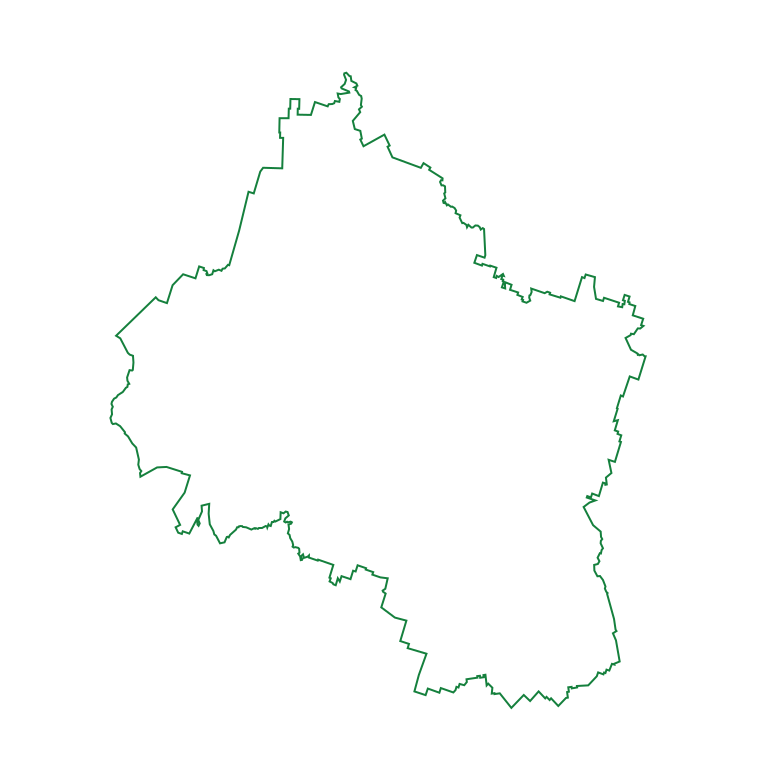 outline of Southern Midlands, Tasmania, Australia, rotated 278°
{"feature_id": "25037944B17356947881143", "entity_name": "Southern Midlands", "entity_type": "district", "adm_level": 2, "iso_a3": "AUS", "parent_name": "Australia", "parent_adm1": "Tasmania", "projection": "natural_earth1", "projection_center": [147.408, -42.418], "detail": "fine", "context": "isolated", "style": "outline", "palette": "green", "viewbox_px": 768, "rotation_deg": 278, "n_neighbors": 0, "source": "geoboundaries", "source_scale": "gbopen_adm2", "svg_char_len": 6139}
<svg xmlns="http://www.w3.org/2000/svg" viewBox="0 0 768 768"><g transform="rotate(278 384 384)"><path d="M339.0,623.5L359.6,626.7L359.9,625.1L366.2,626.1L367.1,622.2L369.5,622.5L370.2,619.0L380.7,620.6L379.1,616.7L392.0,618.8L392.3,618.0L405.6,620.1L404.9,622.4L425.7,626.3L423.8,635.3L447.8,639.2L447.7,638.2L449.2,636.1L448.0,632.8L448.7,631.9L448.3,631.2L449.5,630.7L452.3,623.8L463.2,616.8L466.7,621.4L468.2,621.6L468.1,624.5L474.4,627.6L474.6,630.0L477.6,632.8L478.1,630.4L484.7,631.6L486.6,620.8L496.2,622.0L497.3,615.8L499.0,615.8L499.3,614.2L504.8,615.0L505.7,609.9L500.2,609.0L499.9,610.9L496.4,610.9L496.4,609.2L493.2,609.2L493.4,604.9L497.2,605.5L500.0,589.9L496.7,589.3L497.8,582.1L509.4,578.5L519.2,578.0L520.5,568.5L516.8,567.8L517.4,565.2L492.6,561.2L495.4,546.9L494.0,546.7L495.8,535.5L497.5,535.8L498.1,532.8L496.3,530.5L499.0,516.5L495.7,517.4L492.5,516.6L491.9,515.7L489.7,515.8L486.9,517.2L484.3,513.8L485.1,509.7L486.6,510.0L486.9,508.6L489.5,509.2L490.8,503.7L493.3,504.1L494.8,495.7L500.0,496.5L501.5,490.4L499.3,489.9L495.5,490.7L496.1,487.3L502.1,488.4L502.3,487.3L503.9,487.5L504.2,485.6L507.9,486.2L507.7,487.6L509.5,486.5L505.9,482.6L506.7,480.6L504.6,480.3L505.1,477.8L514.8,479.2L516.0,472.7L515.2,472.6L516.7,464.8L514.9,464.5L516.6,456.6L524.6,458.1L523.1,466.0L525.7,466.4L551.4,461.5L552.1,460.1L550.4,458.3L552.6,457.0L553.9,454.9L553.7,452.4L551.3,450.2L551.1,448.8L553.4,445.4L550.8,444.4L553.0,443.5L554.6,440.3L554.2,439.1L559.3,435.7L561.7,436.2L563.1,431.1L565.8,431.3L568.1,429.4L569.2,426.8L568.8,425.7L570.7,422.3L569.7,421.4L572.7,419.2L571.5,418.5L571.6,417.8L573.8,416.9L576.4,419.0L581.1,417.1L582.2,418.0L588.2,416.9L589.0,415.0L588.7,413.3L591.9,411.4L593.7,412.1L593.8,413.5L595.8,413.4L602.4,398.9L604.8,399.8L608.2,392.4L603.2,390.4L609.6,360.8L619.5,354.5L620.9,356.4L631.0,349.7L616.6,330.6L622.8,326.5L623.9,327.9L631.4,325.3L632.4,319.6L640.2,316.5L649.9,322.6L652.5,321.0L655.5,323.5L657.0,322.3L663.5,322.2L666.0,321.3L666.9,319.1L670.5,316.3L671.1,314.9L673.4,315.2L673.7,313.4L675.7,316.1L677.8,314.8L679.6,309.5L684.1,308.2L684.1,307.0L687.0,303.4L686.1,301.5L684.7,301.4L679.9,304.1L675.7,303.3L671.9,300.2L670.8,300.9L668.8,308.6L667.7,309.1L665.1,300.8L665.2,297.7L661.4,299.0L660.1,300.6L657.2,300.5L657.4,296.0L655.1,295.6L654.0,293.7L653.4,290.3L651.1,289.6L653.6,276.4L640.3,274.2L638.7,261.0L644.6,260.3L644.7,261.7L654.3,260.6L653.2,251.7L643.6,252.8L643.4,251.4L633.9,252.5L632.7,243.6L618.5,245.3L618.6,246.2L613.3,246.8L613.7,249.9L583.4,253.2L581.3,234.2L577.1,231.9L554.6,228.5L555.5,223.1L515.8,219.2L480.1,214.2L480.3,212.9L476.3,210.3L475.7,208.1L473.5,207.3L474.2,204.5L472.1,200.8L472.9,199.3L468.8,198.6L467.4,195.7L467.2,193.4L468.2,192.8L468.9,193.7L471.1,192.5L471.7,189.5L473.8,189.5L474.7,184.6L462.4,182.6L464.7,169.8L452.4,160.9L433.9,157.8L435.6,149.0L438.1,145.9L394.5,112.0L392.5,116.5L379.2,126.0L377.7,128.1L377.0,131.5L370.4,132.9L363.0,133.3L362.3,132.7L362.3,130.1L354.7,128.7L351.5,129.5L348.7,131.7L347.9,130.3L345.4,130.3L344.3,128.9L339.8,126.5L336.0,122.1L333.4,120.8L331.9,118.7L328.5,117.1L326.3,116.9L323.7,118.6L320.9,117.8L316.1,118.9L312.3,117.8L307.6,119.8L306.6,121.1L307.6,124.0L305.5,128.6L300.2,134.2L298.9,134.1L296.5,137.8L290.1,143.0L286.6,147.4L275.0,151.8L269.9,151.9L265.8,153.8L264.0,155.8L261.9,154.8L258.3,155.7L269.8,170.9L271.6,180.2L268.9,196.2L267.5,196.1L266.5,204.6L248.7,201.7L230.4,192.2L216.1,201.7L213.1,197.6L208.1,200.9L207.4,204.7L210.1,205.2L208.8,212.0L226.0,218.1L223.2,217.9L218.8,218.9L217.8,220.1L220.3,220.9L223.5,219.0L232.5,221.5L238.1,220.3L241.0,227.6L231.2,228.4L220.8,231.0L214.7,235.5L211.4,236.9L210.4,238.8L203.4,243.8L205.0,248.1L210.6,249.6L211.0,250.6L210.5,251.6L213.2,252.6L219.2,257.7L221.7,258.5L221.9,259.9L222.7,260.0L223.3,261.4L223.5,263.3L222.8,264.1L222.9,267.5L221.4,272.9L223.2,275.7L222.7,276.5L223.4,277.1L223.0,279.3L224.0,280.2L224.4,283.2L226.9,286.6L226.7,287.9L225.6,288.4L228.9,289.1L227.8,290.2L227.6,291.6L231.7,292.2L232.0,293.9L233.3,294.5L232.7,295.6L235.8,300.2L242.6,299.5L242.0,302.5L244.0,304.4L243.8,306.3L240.6,308.0L237.2,305.0L233.9,304.3L233.2,305.9L234.1,307.2L233.6,307.9L234.7,310.7L234.2,312.0L232.8,311.5L231.5,309.0L227.2,310.2L222.7,309.6L221.4,311.5L218.3,312.6L215.2,315.1L211.8,316.5L210.2,316.1L209.5,317.4L210.1,318.9L209.8,321.9L209.0,322.9L205.2,323.8L204.1,322.7L201.5,325.0L198.0,326.1L198.4,327.3L199.2,327.5L201.7,325.7L204.0,327.5L200.7,329.0L202.4,332.5L203.7,333.5L201.7,333.7L199.9,343.0L200.9,343.2L197.8,359.0L184.6,356.9L184.2,358.3L180.9,357.6L179.8,360.8L178.6,361.7L178.0,364.2L185.2,365.3L182.2,367.7L187.8,368.7L186.1,378.0L194.8,379.4L194.4,382.0L200.8,383.1L199.1,391.9L197.7,391.7L196.2,399.5L193.6,399.0L192.0,407.3L192.1,414.7L181.4,413.8L179.2,411.4L178.2,411.9L176.7,414.8L162.4,412.4L154.2,427.3L152.8,439.1L131.7,435.9L130.1,444.9L125.7,444.2L122.8,463.6L100.7,459.0L83.8,456.9L81.7,468.5L88.5,469.8L86.0,481.8L90.8,482.6L88.2,495.6L90.8,497.4L94.2,497.9L93.8,500.0L97.5,500.6L96.9,505.4L100.4,507.5L103.1,506.8L106.2,517.4L107.7,517.0L108.4,519.6L106.5,520.1L107.5,523.5L109.6,523.0L110.2,524.9L99.8,527.6L101.8,528.9L98.3,533.6L92.4,533.8L93.2,536.4L92.3,536.6L93.8,541.7L81.0,555.2L95.5,565.7L90.4,572.8L101.1,579.9L95.1,587.4L96.8,588.5L94.1,592.0L96.0,593.2L89.4,601.4L98.4,607.9L99.0,609.7L104.4,608.2L105.0,609.9L109.3,608.7L110.2,611.9L108.7,612.3L110.4,617.5L111.8,617.1L114.0,628.2L124.2,635.4L128.2,636.2L127.0,641.7L128.9,642.1L128.6,643.5L132.1,644.1L131.6,647.0L138.6,648.7L138.2,651.2L139.0,650.9L142.0,656.0L162.4,649.4L169.0,645.4L171.7,648.6L173.0,647.5L183.3,644.5L207.3,634.1L208.1,634.5L209.2,633.0L212.2,631.2L214.3,631.5L220.4,628.1L223.9,624.6L223.3,622.1L228.5,618.3L234.1,617.3L235.5,620.8L238.5,622.0L241.7,619.7L246.5,621.3L246.4,622.4L249.8,622.6L251.8,623.7L256.4,620.7L258.9,620.6L260.8,621.7L262.8,620.2L268.0,619.1L273.3,610.7L290.0,598.8L295.2,604.0L298.1,609.5L299.8,600.6L301.3,600.9L300.5,604.7L304.5,605.4L302.9,612.4L316.8,614.5L316.5,616.7L315.0,617.2L315.5,618.6L322.2,616.8L327.5,621.6L340.2,617.0L339.0,623.5Z" fill="none" stroke="#15803d" stroke-width="2"/></g></svg>